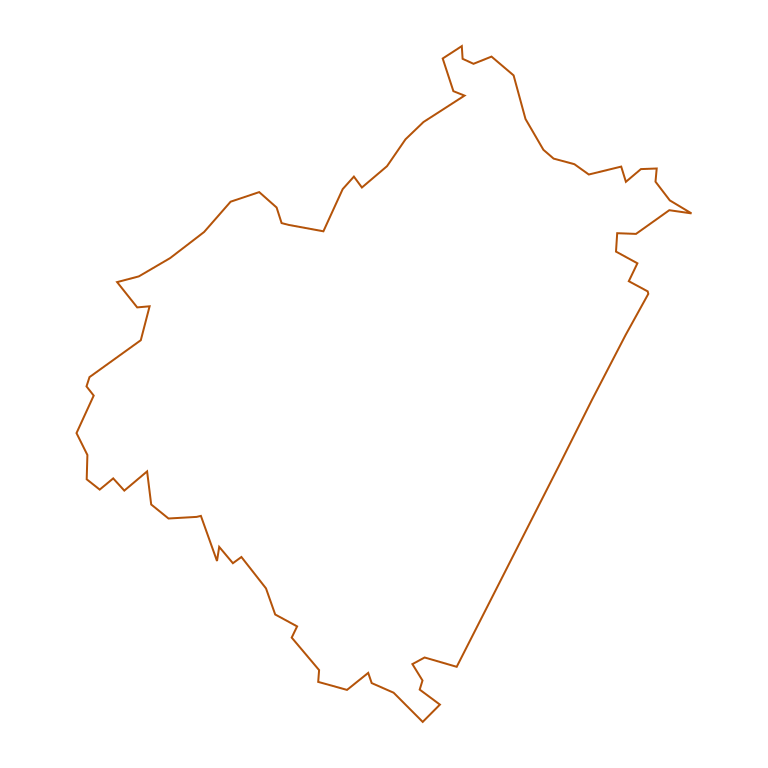 the district of Bedford, Virginia, United States of America
{"feature_id": "52423323B54527042369331", "entity_name": "Bedford", "entity_type": "district", "adm_level": 2, "iso_a3": "USA", "parent_name": "United States of America", "parent_adm1": "Virginia", "projection": "robinson", "projection_center": [-79.533, 37.312], "detail": "fine", "context": "isolated", "style": "outline", "palette": "amber", "viewbox_px": 768, "rotation_deg": 0, "n_neighbors": 0, "source": "geoboundaries", "source_scale": "gbopen_adm2", "svg_char_len": 1144}
<svg xmlns="http://www.w3.org/2000/svg" viewBox="0 0 768 768"><path d="M318.2,681.9L347.0,689.9L368.2,672.9L371.7,683.1L393.6,692.7L422.7,721.9L439.9,704.6L419.7,689.6L422.5,680.5L412.4,664.1L424.6,657.5L456.7,666.8L559.4,464.9L591.9,400.0L625.6,335.0L648.3,293.9L647.7,291.4L628.8,281.2L637.4,263.3L616.0,251.6L617.2,233.2L636.0,233.9L669.3,210.2L691.5,213.4L669.8,200.4L655.5,181.7L656.7,168.5L640.9,169.1L625.9,181.8L621.2,166.6L588.8,174.5L574.4,164.2L553.6,158.6L543.4,149.8L525.5,119.0L513.6,75.4L491.5,56.6L473.5,63.8L462.6,58.8L461.8,46.1L442.7,58.5L453.4,91.2L464.5,95.6L423.5,122.0L405.5,139.3L387.0,166.2L361.9,187.5L353.9,176.6L342.7,189.1L323.4,231.3L289.0,225.0L281.6,223.1L276.6,207.5L259.2,192.1L230.6,201.7L204.1,232.0L170.1,258.1L138.8,276.4L117.1,282.1L137.2,307.4L149.6,306.3L140.8,340.2L89.5,377.1L86.5,386.4L93.7,395.6L76.5,433.1L87.4,455.0L86.7,479.3L99.7,489.6L113.2,478.4L124.3,490.6L147.1,471.4L151.2,504.5L168.5,518.5L196.6,516.9L200.9,515.9L217.0,561.0L219.2,546.9L232.9,563.2L241.4,557.0L266.0,588.4L275.2,614.5L297.1,626.4L291.7,637.6L319.1,670.1L318.2,681.9Z" fill="none" stroke="#b45309" stroke-width="2"/></svg>